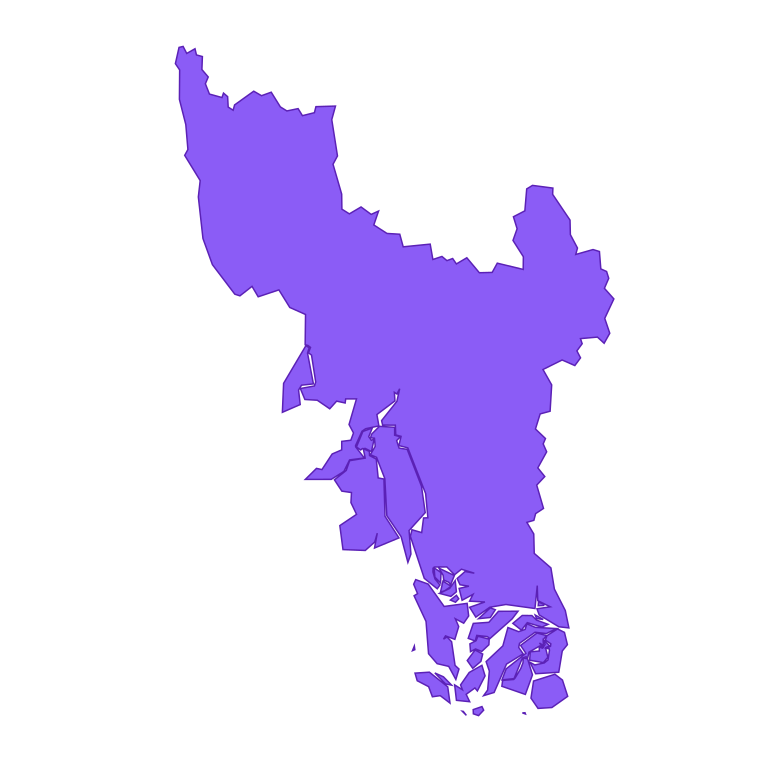 the district of Mrauk-U, Rakhine, Myanmar, rotated 3°
{"feature_id": "60261553B1263911264167", "entity_name": "Mrauk-U", "entity_type": "district", "adm_level": 2, "iso_a3": "MMR", "parent_name": "Myanmar", "parent_adm1": "Rakhine", "projection": "mercator", "projection_center": [93.425, 20.429], "detail": "fine", "context": "isolated", "style": "filled", "palette": "violet", "viewbox_px": 768, "rotation_deg": 3, "n_neighbors": 0, "source": "geoboundaries", "source_scale": "gbopen_adm2", "svg_char_len": 6161}
<svg xmlns="http://www.w3.org/2000/svg" viewBox="0 0 768 768"><g transform="rotate(3 384 384)"><path d="M165.7,57.4L161.7,58.6L158.9,75.0L163.5,81.1L164.8,110.5L172.5,135.3L175.9,160.1L173.0,166.1L189.8,190.5L188.8,206.9L195.6,248.2L206.4,273.8L230.3,302.1L235.5,303.5L247.1,293.4L253.8,303.5L274.1,295.5L285.9,312.5L302.0,318.7L303.2,348.9L306.1,349.5L308.7,351.3L306.9,356.8L310.1,358.9L315.7,385.6L314.6,389.6L300.7,392.9L305.8,403.6L318.2,403.7L331.1,411.6L337.6,403.6L346.2,405.0L346.5,400.9L357.3,400.3L351.2,426.3L356.1,434.5L353.8,441.9L344.8,443.5L345.2,452.0L335.9,456.6L326.5,472.7L321.0,471.8L310.4,483.4L336.3,482.0L348.5,473.4L353.6,461.6L368.2,458.9L359.0,448.3L358.8,447.0L364.5,432.3L368.0,429.6L381.1,426.1L378.5,414.9L395.8,400.3L394.8,391.8L397.4,393.3L399.9,387.9L397.8,400.6L383.5,420.7L384.8,425.1L397.5,424.5L398.4,434.2L403.8,435.4L402.1,444.7L411.1,446.5L431.3,491.2L434.8,515.3L430.5,515.7L429.4,530.4L419.6,528.1L418.3,534.7L434.4,576.0L447.9,585.7L450.4,581.8L445.1,576.0L442.7,569.1L442.6,565.4L444.2,564.1L456.3,563.4L464.4,570.8L471.0,564.9L484.1,568.2L474.8,567.0L467.2,574.4L470.4,580.5L479.4,581.5L469.7,584.2L473.3,595.9L483.9,589.4L480.8,596.4L496.2,596.4L481.2,602.5L487.9,612.0L501.3,601.4L517.3,597.8L546.5,600.3L547.6,577.3L548.9,592.3L561.7,597.8L548.5,600.5L551.1,606.5L571.3,617.3L581.4,617.9L576.9,600.7L564.9,579.9L560.3,558.9L542.9,545.3L541.4,525.9L533.9,514.7L540.8,512.3L542.2,505.5L549.8,499.9L541.8,477.0L549.4,468.0L542.0,459.7L550.0,443.2L546.1,435.5L548.1,430.0L537.6,421.0L541.5,405.7L551.3,402.5L551.5,376.1L542.0,361.2L560.6,350.7L573.6,355.6L578.9,347.6L574.9,340.8L579.8,333.4L577.8,328.4L594.7,326.0L601.7,331.8L606.8,321.5L601.0,306.9L609.1,287.0L599.1,276.9L602.9,266.7L600.4,260.0L594.5,257.7L592.2,240.4L585.7,238.8L568.7,244.6L570.1,238.1L562.3,225.1L561.2,210.6L542.5,185.8L542.4,179.5L521.9,177.9L516.3,181.7L515.6,203.7L504.5,210.2L508.8,222.0L505.3,233.9L516.5,249.6L517.0,262.3L490.8,257.4L486.2,266.9L473.4,267.9L460.1,253.6L450.0,260.3L446.0,255.1L440.4,257.5L435.2,253.6L426.3,257.1L422.8,241.9L396.0,246.0L391.9,233.6L379.1,233.5L365.5,225.7L369.5,211.6L362.3,215.3L351.8,208.4L340.5,215.9L332.8,211.6L331.8,196.6L321.6,167.2L325.6,158.7L318.0,122.7L321.0,109.0L301.5,110.6L300.3,116.7L288.5,120.3L283.8,113.5L272.7,116.4L266.0,112.7L256.1,98.5L246.6,102.5L238.6,98.4L220.2,113.1L219.0,118.5L213.9,115.6L212.8,105.2L208.5,101.9L207.2,106.4L194.5,103.6L189.9,93.5L192.4,86.6L185.7,79.5L185.5,66.5L179.5,65.2L177.7,59.1L169.7,64.2L165.7,57.4ZM383.1,478.1L380.2,459.4L373.3,456.2L372.9,452.0L366.7,449.8L369.1,459.0L353.7,462.4L350.8,472.3L339.5,482.3L347.5,493.2L357.2,494.1L357.2,504.2L363.4,515.6L347.3,527.7L351.7,551.5L374.0,551.2L383.0,542.3L385.1,533.3L383.1,548.3L407.0,536.9L391.9,516.0L388.9,478.9L383.1,478.1ZM396.9,426.7L381.7,426.5L374.3,434.7L373.4,438.4L377.3,438.6L378.5,446.7L374.1,455.3L380.4,457.6L389.8,478.5L393.7,515.3L409.1,535.6L417.2,560.9L419.8,552.4L416.7,529.0L431.9,510.3L426.8,484.2L410.6,448.1L402.4,447.2L399.6,439.9L403.0,435.9L397.3,434.6L396.9,426.7ZM455.7,603.0L438.6,581.5L425.9,577.7L424.1,582.4L428.5,591.6L425.1,593.9L438.4,618.9L442.6,651.0L451.7,660.5L463.4,662.6L471.2,675.3L473.8,664.7L469.7,661.3L465.0,637.8L460.1,633.3L456.8,635.7L458.6,632.3L468.1,635.3L471.3,622.3L467.5,614.7L476.1,618.7L480.7,611.2L478.5,598.7L455.7,603.0ZM547.7,619.1L539.2,616.0L537.8,621.7L531.4,624.3L520.5,620.7L516.4,639.3L500.5,655.9L504.2,665.1L503.5,684.2L499.8,690.0L510.1,686.3L521.0,657.3L537.1,646.2L532.3,640.0L532.9,635.9L547.8,624.0L559.2,624.7L569.0,619.2L547.7,619.1ZM313.5,387.6L306.0,357.1L307.4,351.7L304.0,349.8L283.7,388.6L284.0,417.6L301.4,408.9L299.0,394.5L301.7,389.5L313.5,387.6ZM569.9,664.9L548.9,672.8L547.2,690.0L554.8,699.9L568.6,698.3L583.8,686.3L577.7,670.3L569.9,664.9ZM577.2,622.6L570.1,619.5L559.9,626.8L558.6,631.3L564.2,634.7L564.0,637.2L560.0,639.4L562.9,639.9L563.2,641.3L562.2,651.0L558.6,654.2L549.3,656.6L544.4,654.3L550.6,665.4L573.6,662.7L576.0,641.3L580.8,634.7L577.2,622.6ZM503.1,632.7L524.3,611.8L529.7,603.9L510.2,605.0L501.2,616.5L485.7,618.4L481.4,633.6L488.5,635.9L489.8,630.2L500.4,630.8L503.1,632.7ZM547.5,666.7L541.8,651.0L537.4,650.3L537.4,655.1L535.5,660.9L530.3,670.8L529.0,672.3L518.0,673.8L517.5,679.7L541.4,686.6L547.5,666.7ZM493.3,685.6L500.2,670.2L496.5,659.8L484.2,667.6L476.2,680.5L478.3,685.2L470.3,680.8L472.9,696.1L486.2,696.8L482.3,689.6L490.7,682.8L493.3,685.6ZM556.9,636.8L556.3,631.1L559.3,626.7L549.8,624.7L534.1,637.9L539.8,645.5L520.9,662.1L517.3,673.3L529.3,671.4L536.5,650.5L540.2,648.9L541.8,650.3L542.8,644.2L553.1,637.5L556.4,638.5L552.8,634.5L556.9,636.8ZM444.4,669.4L430.1,671.1L432.7,678.6L444.4,683.9L448.7,693.8L456.5,692.3L466.6,699.2L463.5,683.1L444.4,669.4ZM548.7,611.8L543.8,607.5L534.2,607.9L525.2,616.3L534.1,622.6L539.6,614.8L554.5,618.4L560.4,615.4L548.7,611.8ZM374.3,440.9L371.5,437.4L374.6,428.6L365.4,432.5L359.8,448.3L364.2,451.1L365.4,449.9L368.6,449.3L375.0,452.1L377.0,439.5L374.3,440.9ZM563.1,636.8L557.1,631.6L558.5,635.8L556.1,639.5L552.8,638.6L553.1,642.5L544.1,643.8L543.9,652.2L557.7,653.9L561.9,648.3L559.1,638.8L563.1,636.8ZM491.0,631.0L489.4,635.5L483.4,639.0L484.4,646.8L489.3,643.8L495.6,646.0L502.4,638.9L502.4,633.3L491.0,631.0ZM495.3,655.9L496.7,648.5L488.9,644.9L481.6,655.8L487.5,663.3L495.3,655.9ZM461.9,592.6L467.2,587.7L465.4,576.6L460.3,584.7L450.4,590.2L461.9,592.6ZM464.3,571.6L448.5,565.0L453.1,572.0L453.9,576.6L458.8,578.5L461.1,580.7L464.3,571.6ZM490.7,613.4L502.4,611.6L507.0,603.6L501.9,602.0L490.7,613.4ZM450.9,579.7L450.8,569.3L443.7,565.0L444.9,574.2L450.9,579.7ZM495.8,710.2L500.6,704.5L498.7,701.0L490.1,704.5L490.5,708.7L495.8,710.2ZM451.3,588.9L455.6,587.2L461.6,582.5L453.2,577.8L451.3,588.9ZM467.3,681.2L458.7,673.3L449.9,669.9L461.2,680.3L467.3,681.2ZM466.8,598.2L469.9,594.6L467.4,591.2L461.6,596.3L466.8,598.2ZM549.6,597.3L555.1,596.8L555.3,595.6L549.7,593.7L549.6,597.3ZM555.3,610.8L547.1,606.8L548.6,610.2L555.3,610.8ZM426.4,648.8L428.7,647.7L428.0,644.1L426.4,648.8ZM483.6,710.6L480.3,706.8L479.3,706.7L483.6,710.6ZM539.4,705.2L542.5,706.1L542.0,704.9L539.4,705.2Z" fill="#8b5cf6" stroke="#5b21b6" stroke-width="1.5"/></g></svg>